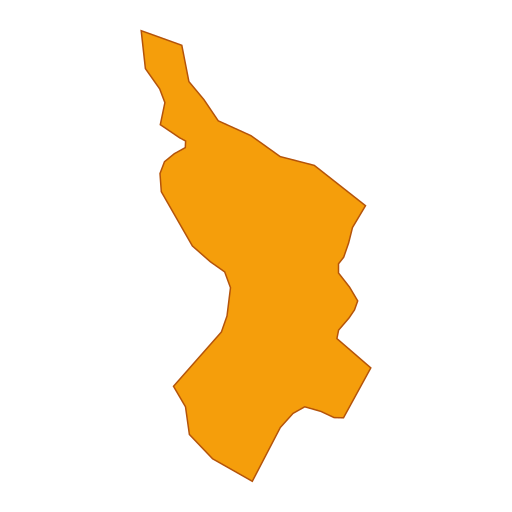 the border of Zrece
{"feature_id": "SVN-1007", "entity_name": "Zrece", "entity_type": "Municipality", "adm_level": 1, "iso_a3": "SVN", "parent_name": "Slovenia", "parent_adm1": "", "projection": "orthographic", "projection_center": [15.368, 46.408], "detail": "fine", "context": "isolated", "style": "filled", "palette": "amber", "viewbox_px": 512, "rotation_deg": 0, "n_neighbors": 0, "source": "natural_earth", "source_scale": "10m", "svg_char_len": 726}
<svg xmlns="http://www.w3.org/2000/svg" viewBox="0 0 512 512"><path d="M173.5,386.3L221.4,332.0L227.0,316.0L230.5,287.7L224.7,271.9L210.4,261.8L192.4,246.0L161.3,191.7L160.0,173.5L164.5,161.7L174.3,153.7L185.3,147.6L185.6,141.0L179.8,137.9L160.3,124.7L164.9,102.6L159.7,88.9L145.4,68.6L141.2,30.7L181.8,45.3L188.9,81.6L203.9,99.6L218.2,120.8L251.0,135.7L280.2,156.6L314.3,165.4L365.5,205.7L352.5,227.5L348.6,243.0L343.7,257.2L338.5,263.8L338.5,273.0L349.6,287.2L357.7,300.9L354.5,309.9L349.0,318.0L338.6,330.1L336.9,338.6L370.8,367.9L343.5,417.8L334.1,417.6L320.9,411.4L304.7,406.8L293.0,413.4L280.3,427.5L252.3,481.3L212.6,458.8L189.4,434.5L185.5,406.8L173.5,386.3Z" fill="#f59e0b" stroke="#b45309" stroke-width="1.5"/></svg>